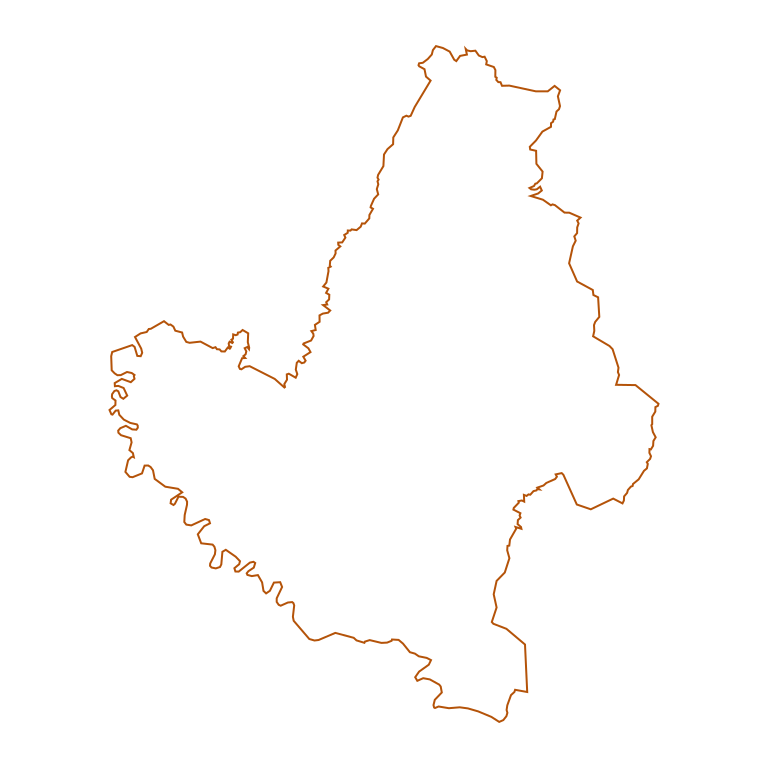 Buenavista, Michoacán, Mexico
{"feature_id": "50627088B1584906441416", "entity_name": "Buenavista", "entity_type": "district", "adm_level": 2, "iso_a3": "MEX", "parent_name": "Mexico", "parent_adm1": "Michoacán", "projection": "mercator", "projection_center": [-102.594, 19.215], "detail": "fine", "context": "isolated", "style": "outline", "palette": "amber", "viewbox_px": 768, "rotation_deg": 0, "n_neighbors": 0, "source": "geoboundaries", "source_scale": "gbopen_adm2", "svg_char_len": 6075}
<svg xmlns="http://www.w3.org/2000/svg" viewBox="0 0 768 768"><path d="M135.0,337.0L141.2,348.6L142.2,352.8L140.7,356.2L137.3,355.9L134.6,346.9L132.2,345.1L112.2,352.0L111.2,356.2L111.7,370.3L114.7,373.4L117.4,375.2L120.8,375.1L127.0,372.0L131.7,373.0L134.5,375.0L133.8,376.0L134.5,378.8L130.8,382.2L121.8,378.9L114.7,383.1L114.9,386.2L118.3,385.9L123.6,388.0L127.2,395.6L123.3,398.8L120.5,397.0L118.3,391.3L116.5,390.3L114.4,391.0L112.1,394.2L111.9,396.6L112.3,398.2L115.5,400.5L115.4,405.0L109.5,410.0L111.4,414.3L112.5,414.6L115.7,410.6L118.3,410.4L119.3,414.8L123.8,419.6L130.2,422.9L136.9,424.4L137.7,425.6L137.8,427.7L136.4,429.7L132.2,429.4L125.9,425.8L120.3,428.2L118.2,430.6L118.4,432.7L121.0,435.2L130.7,438.2L131.6,442.4L129.4,450.1L132.9,453.1L133.8,457.2L132.6,456.6L130.9,457.5L128.1,460.3L125.4,471.9L129.6,476.8L132.6,477.2L142.0,473.4L144.6,465.6L148.2,465.5L150.6,467.0L153.0,470.3L154.7,478.9L165.3,486.7L178.0,488.8L182.2,492.3L171.1,499.7L170.6,503.3L173.5,505.0L174.9,503.8L178.5,496.7L183.1,496.9L185.6,498.6L187.1,501.7L187.0,504.8L184.7,515.0L184.3,522.0L186.3,524.6L191.3,525.4L205.1,519.0L209.0,520.1L210.0,523.3L204.2,526.2L197.8,534.3L201.2,543.3L212.6,544.6L214.4,546.7L215.4,550.2L214.9,554.3L210.2,563.5L210.0,565.8L211.5,567.5L215.8,568.4L220.0,567.0L221.3,564.4L222.4,551.8L225.8,549.8L235.7,556.7L240.0,561.2L239.2,564.2L234.4,568.2L235.4,571.5L238.7,571.6L249.9,562.6L253.5,561.8L255.2,563.0L253.8,567.6L248.4,571.2L246.7,573.3L247.4,574.9L251.8,576.1L257.9,575.1L262.1,582.4L263.5,590.9L266.1,593.4L269.9,590.8L273.9,582.6L280.2,582.2L282.1,587.0L276.7,598.3L276.7,601.9L278.7,604.8L280.7,605.7L287.9,602.5L292.2,602.1L293.4,603.1L294.2,605.4L292.9,616.8L293.7,620.8L309.3,639.0L314.5,640.5L318.6,640.0L335.3,632.9L353.7,637.8L356.5,640.4L364.4,642.8L364.9,641.6L369.7,640.1L381.4,642.9L387.1,642.6L391.6,640.8L392.0,639.5L398.6,639.9L403.0,643.6L409.9,652.2L414.9,653.6L418.8,656.3L426.7,657.9L431.0,660.1L428.8,664.7L419.1,671.6L415.2,677.2L417.3,680.8L423.2,678.2L429.8,679.4L439.2,684.6L440.7,686.5L441.8,692.5L434.8,699.8L433.5,705.1L434.1,707.5L435.0,708.0L438.6,706.5L448.9,708.2L459.7,707.3L467.9,708.4L478.2,711.4L491.4,716.9L499.2,721.9L503.3,720.1L506.4,716.2L507.4,712.8L506.6,710.0L507.3,705.3L511.0,695.1L514.4,692.0L515.1,689.8L527.2,692.0L525.0,644.5L506.4,628.8L493.4,623.8L491.8,622.0L496.6,607.5L493.7,594.3L496.6,580.9L504.8,572.5L509.4,558.2L507.2,550.3L507.5,545.9L509.3,545.6L510.0,539.5L516.2,528.7L515.5,527.0L521.4,528.8L521.0,527.0L517.6,524.1L517.9,520.1L520.6,517.6L519.6,515.5L520.4,513.2L513.4,509.6L513.8,507.9L518.8,502.7L518.4,501.1L521.9,500.5L524.2,501.6L523.9,494.9L526.6,495.9L528.5,494.4L530.3,494.7L533.5,491.1L536.5,490.4L537.2,489.1L539.4,489.4L537.4,487.6L543.5,485.5L546.4,482.9L555.2,479.0L556.9,476.7L555.7,474.4L561.7,473.1L563.4,474.8L576.8,504.5L590.8,509.3L613.2,498.6L622.5,503.4L623.9,500.5L624.1,496.4L627.1,492.9L627.9,490.0L630.9,486.6L632.6,486.0L633.0,484.0L638.7,479.3L644.0,470.8L646.9,468.4L647.8,463.9L646.8,462.2L650.1,458.9L651.0,456.2L649.4,452.9L649.5,449.1L650.9,449.4L653.1,445.8L653.4,441.0L655.7,437.3L652.9,432.1L651.4,425.2L652.2,424.1L652.2,416.7L655.3,411.6L655.4,407.1L657.9,405.8L658.5,403.8L635.5,385.1L616.1,384.8L619.1,375.0L617.9,372.1L618.5,367.7L612.6,349.2L609.5,346.0L593.1,336.3L594.3,330.9L594.0,325.1L595.2,321.9L599.3,316.9L598.1,297.3L593.4,295.0L592.8,290.0L577.1,281.5L569.1,263.3L572.9,246.3L575.7,240.7L574.3,236.4L577.1,233.1L577.2,227.4L578.6,223.4L577.2,220.6L580.5,217.6L569.3,212.7L564.5,212.6L554.9,205.1L552.5,204.4L550.9,205.3L542.9,199.7L530.7,196.0L538.1,193.5L541.8,190.5L540.1,186.7L536.8,189.3L534.3,189.7L531.1,189.3L529.5,188.0L534.0,186.0L535.3,183.7L536.8,183.4L541.9,178.3L542.6,171.6L536.4,163.8L536.1,150.8L530.2,149.5L529.8,146.8L536.0,140.5L542.4,131.6L551.0,126.8L551.0,123.2L553.1,121.7L553.5,119.5L554.8,119.1L556.5,111.5L559.0,109.2L560.0,106.1L557.9,96.3L560.1,90.3L554.6,85.9L547.8,91.3L535.7,91.3L509.3,85.6L502.0,85.8L500.5,82.2L498.3,82.1L496.3,79.9L496.7,77.7L495.3,76.8L495.4,70.1L493.8,67.0L486.2,64.4L486.8,61.1L484.6,56.7L482.4,57.1L478.8,55.5L475.4,50.7L470.7,51.2L467.1,50.4L465.7,48.9L466.9,54.6L460.1,55.9L456.3,61.1L454.2,59.7L449.7,51.6L442.9,48.0L436.0,46.1L432.9,50.1L431.8,54.5L427.8,59.0L422.8,62.8L419.1,63.3L418.5,65.2L419.2,66.3L424.5,69.2L426.0,76.6L430.6,80.6L414.7,107.0L410.7,115.8L408.5,116.6L406.4,115.7L402.9,117.4L397.8,130.4L393.3,137.4L393.1,144.2L387.5,149.1L384.0,154.5L383.4,166.1L378.1,174.9L377.5,177.7L378.6,179.6L377.5,181.3L378.3,184.3L376.8,189.1L378.2,194.4L374.1,198.7L370.9,205.9L370.6,207.4L373.0,208.8L369.4,215.0L369.3,218.4L364.8,223.6L362.0,223.4L360.7,226.7L356.6,230.1L351.6,229.4L350.5,230.6L347.8,230.5L347.7,232.8L344.2,235.0L345.4,237.6L342.2,242.4L338.2,242.6L338.3,244.8L340.3,246.4L335.5,250.5L335.6,253.4L333.7,257.4L330.2,260.8L329.8,265.5L330.7,266.6L328.3,267.8L328.5,271.2L326.4,282.5L323.2,286.5L328.4,288.7L326.1,292.9L329.3,294.7L329.1,299.4L326.2,302.2L327.2,304.5L323.1,305.1L330.2,310.5L328.1,312.7L322.8,313.6L319.5,315.4L319.6,321.8L314.9,324.9L315.7,330.0L311.4,331.1L313.3,333.7L313.6,336.0L311.1,340.5L303.6,343.5L303.2,344.4L308.4,348.3L310.5,352.1L303.3,356.7L305.6,360.7L304.3,362.5L301.8,363.2L298.7,360.8L296.8,362.8L295.8,369.6L297.3,374.1L295.7,377.7L288.8,373.7L286.8,374.4L287.0,379.7L284.3,384.1L285.0,387.0L284.4,387.5L274.7,378.9L249.7,366.2L245.2,366.8L241.4,369.3L239.9,368.9L238.7,366.3L242.1,358.2L245.2,358.0L243.4,356.1L245.6,354.3L246.3,351.4L244.7,348.2L247.3,347.0L249.0,349.2L249.2,347.7L247.8,342.2L248.2,333.3L242.6,330.0L240.2,332.2L237.9,332.6L237.6,334.5L235.8,335.2L233.2,334.4L233.0,338.7L231.4,339.7L232.9,342.3L232.3,343.0L229.6,341.7L228.7,343.4L229.1,346.1L231.0,346.7L230.5,347.8L229.8,348.7L227.8,347.5L224.8,351.5L221.4,351.4L219.6,349.4L216.9,349.2L215.5,347.2L212.7,348.1L200.5,341.6L189.6,342.8L186.3,341.9L183.1,336.6L182.1,332.5L175.3,330.7L173.4,326.6L170.5,324.5L168.7,324.9L164.0,321.2L150.8,328.8L148.8,329.0L146.7,332.0L140.6,333.4L135.0,337.0Z" fill="none" stroke="#b45309" stroke-width="2"/></svg>